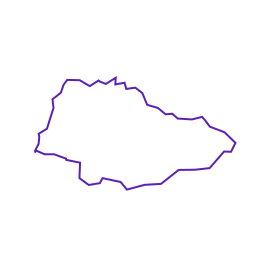 outline of Howard, Maryland, United States of America, rotated 159°
{"feature_id": "52423323B13837989487105", "entity_name": "Howard", "entity_type": "district", "adm_level": 2, "iso_a3": "USA", "parent_name": "United States of America", "parent_adm1": "Maryland", "projection": "orthographic", "projection_center": [-76.918, 39.236], "detail": "fine", "context": "isolated", "style": "outline", "palette": "violet", "viewbox_px": 256, "rotation_deg": 159, "n_neighbors": 0, "source": "geoboundaries", "source_scale": "gbopen_adm2", "svg_char_len": 792}
<svg xmlns="http://www.w3.org/2000/svg" viewBox="0 0 256 256"><g transform="rotate(159 128 128)"><path d="M151.1,70.9L132.9,69.0L117.2,64.0L95.7,70.7L80.3,65.0L66.2,61.3L46.7,71.6L40.4,68.9L40.1,69.1L33.0,75.6L39.4,89.4L51.1,99.9L53.3,107.6L54.8,111.8L65.3,113.1L78.2,119.0L81.6,125.5L88.0,127.3L92.9,136.0L101.8,142.8L102.1,155.4L106.7,163.0L115.6,165.1L115.0,171.5L124.2,173.2L121.5,179.3L132.9,177.1L137.4,181.2L138.4,182.9L148.7,180.8L155.9,189.9L167.5,194.7L172.8,191.3L178.0,185.0L188.2,181.9L190.3,173.5L203.9,156.4L213.4,154.6L214.1,151.3L217.2,145.1L222.9,140.1L223.0,139.0L221.5,139.5L215.2,133.3L213.0,132.5L206.5,130.0L196.8,121.6L197.1,120.4L185.2,112.8L191.3,98.6L185.1,88.9L174.1,86.6L169.7,90.3L154.2,80.2L151.1,70.9Z" fill="none" stroke="#5b21b6" stroke-width="2"/></g></svg>